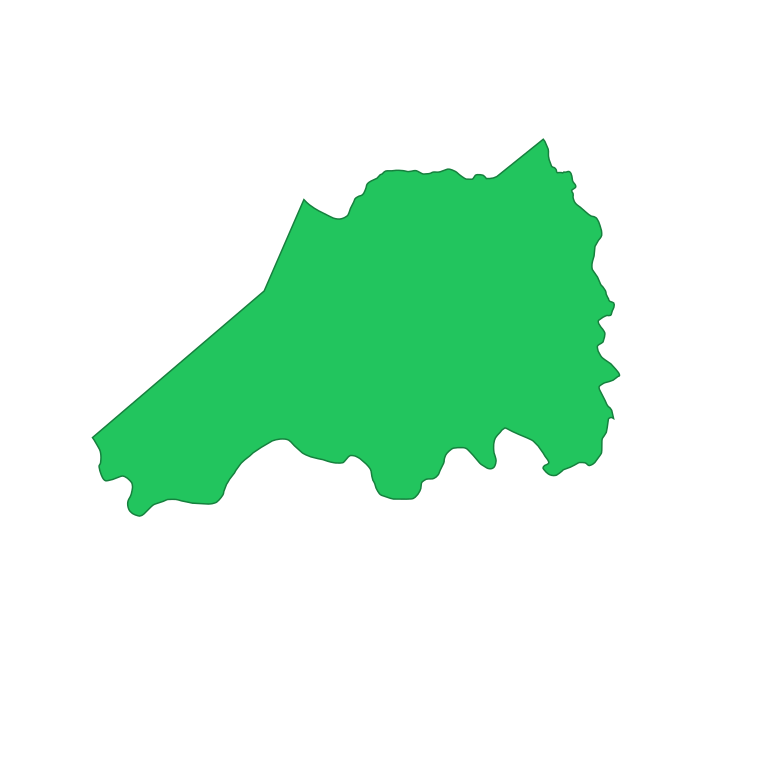 Santa Rita, Yoro, Honduras, rotated 321°
{"feature_id": "27666195B22106740094375", "entity_name": "Santa Rita", "entity_type": "district", "adm_level": 2, "iso_a3": "HND", "parent_name": "Honduras", "parent_adm1": "Yoro", "projection": "equal_earth", "projection_center": [-87.807, 15.185], "detail": "fine", "context": "isolated", "style": "filled", "palette": "green", "viewbox_px": 768, "rotation_deg": 321, "n_neighbors": 0, "source": "geoboundaries", "source_scale": "gbopen_adm2", "svg_char_len": 6171}
<svg xmlns="http://www.w3.org/2000/svg" viewBox="0 0 768 768"><g transform="rotate(321 384 384)"><path d="M160.1,356.0L171.9,366.7L173.3,367.7L175.0,368.8L177.0,369.7L178.6,370.3L179.7,370.5L182.9,370.3L186.0,369.7L188.8,368.9L190.2,368.2L191.9,366.7L198.4,362.9L200.8,362.1L204.2,360.8L211.9,359.0L214.5,357.9L221.6,356.0L223.4,355.6L227.9,355.3L234.4,355.4L239.1,355.1L248.9,356.0L261.4,357.9L264.9,359.3L268.6,361.4L270.7,363.0L272.6,364.7L273.8,366.2L274.6,367.6L275.2,370.5L275.5,375.5L277.1,385.8L277.5,387.1L278.7,389.9L281.3,394.6L285.9,400.7L288.9,404.3L291.7,408.7L293.5,411.2L295.4,413.5L296.7,414.9L300.1,417.8L302.4,419.2L303.2,419.4L305.0,419.2L310.3,418.2L311.8,418.2L313.0,418.5L314.3,419.6L315.7,421.1L316.5,422.3L317.6,424.7L318.1,426.1L318.4,427.0L319.8,435.0L320.0,438.4L319.9,441.2L319.2,443.5L316.5,448.1L314.8,451.8L314.6,453.4L314.1,455.6L312.6,459.2L312.2,460.4L311.6,463.8L311.4,466.4L311.6,467.7L312.0,468.9L317.0,476.8L318.9,479.3L329.0,487.6L332.5,490.2L333.6,490.9L334.8,491.4L337.0,491.6L339.3,491.3L341.1,491.0L344.6,489.7L346.8,488.4L350.5,484.8L351.2,484.4L352.3,484.1L354.6,484.2L356.9,484.6L358.9,485.8L361.8,488.1L363.2,488.7L365.8,489.1L368.4,488.8L370.0,488.3L373.1,486.5L380.5,483.1L381.9,482.1L383.0,480.9L384.3,479.8L385.9,478.8L387.4,478.0L389.6,477.4L392.4,477.1L395.6,477.1L397.5,477.5L401.3,479.9L405.4,483.2L406.4,484.3L407.2,485.6L407.7,487.1L408.0,490.0L408.4,495.5L408.6,505.5L408.9,507.6L411.1,514.0L411.7,515.1L412.6,516.2L413.5,517.0L414.6,517.6L415.8,517.9L417.2,517.9L418.8,517.3L420.7,516.1L422.7,514.3L423.7,512.8L424.9,510.1L426.2,506.7L427.6,504.5L429.0,502.6L431.4,499.8L433.0,498.4L434.5,497.2L436.7,496.0L439.7,495.2L444.1,494.6L446.7,494.0L450.2,494.2L450.7,494.7L451.3,495.7L453.9,501.7L457.1,508.1L461.3,515.9L463.5,520.4L464.1,522.3L464.5,526.3L464.8,529.5L464.7,530.4L464.2,538.0L463.7,541.3L463.5,546.0L463.2,547.3L463.0,548.1L462.6,548.7L462.3,549.0L461.8,549.2L460.4,549.2L457.5,548.4L455.7,548.7L455.1,549.1L454.7,549.4L454.5,550.0L454.4,551.2L454.5,554.5L455.1,557.4L455.8,559.0L456.8,560.5L458.3,562.0L459.5,562.8L460.7,563.4L464.1,563.7L467.5,563.7L469.4,563.5L476.5,565.9L481.1,566.9L485.3,567.6L486.3,567.9L488.9,570.0L490.7,571.8L491.2,573.1L491.4,574.6L491.6,575.6L492.1,576.5L493.6,577.2L495.7,577.7L498.4,577.7L507.1,575.4L508.9,574.8L509.7,574.4L511.5,572.6L517.6,565.3L518.9,564.1L520.0,563.5L522.3,562.9L526.3,561.5L530.0,558.4L536.3,552.5L536.9,552.3L537.9,552.3L539.3,552.9L540.1,553.7L540.7,555.3L544.1,548.4L544.4,547.7L544.6,545.4L544.6,544.6L544.1,542.7L544.3,540.1L545.4,536.1L547.9,524.2L548.5,522.7L549.2,521.7L550.0,521.3L551.0,521.2L554.2,521.5L556.2,521.9L560.7,523.9L564.5,525.2L570.5,525.4L571.8,525.8L572.4,525.6L573.0,524.6L573.4,522.7L573.4,518.4L573.0,511.2L571.0,504.4L570.3,501.6L570.1,500.4L570.1,499.0L570.3,497.5L571.1,493.2L572.5,490.4L573.2,489.3L573.7,488.9L574.5,488.7L575.4,488.6L578.7,489.1L580.2,489.2L580.8,489.1L585.0,486.2L587.2,484.1L587.9,482.9L588.2,481.4L588.4,479.4L588.4,475.9L588.8,472.5L589.2,471.3L590.0,470.0L590.5,469.7L591.3,469.6L596.0,469.9L598.4,470.4L600.4,471.0L601.7,472.3L603.3,473.2L604.3,473.0L607.5,470.8L609.6,469.8L611.0,469.0L612.8,467.3L613.5,465.6L613.0,464.3L611.5,461.8L611.5,460.3L612.1,459.1L612.4,457.2L613.2,454.0L614.2,452.4L614.8,450.9L615.2,446.6L615.0,443.2L617.2,435.4L617.9,426.4L618.3,425.4L619.3,423.8L621.2,421.6L623.5,419.7L627.8,416.7L634.5,409.9L641.1,407.3L643.6,406.8L645.2,406.3L646.1,405.8L646.8,405.4L648.2,403.7L649.5,401.7L651.5,397.0L652.8,393.4L653.4,390.2L653.5,389.1L653.4,388.2L653.0,387.2L652.5,386.1L650.8,384.1L649.8,381.3L649.1,377.6L647.9,370.7L646.8,366.3L646.6,364.7L646.6,363.3L646.8,361.8L647.7,359.3L648.5,357.7L649.8,356.4L650.7,355.1L650.9,354.5L651.0,353.0L651.7,351.7L652.4,351.5L656.0,351.8L656.9,351.6L657.5,351.0L657.9,350.1L658.1,349.0L658.1,346.2L658.5,344.6L660.8,340.7L661.8,338.1L661.9,337.1L661.9,336.3L661.6,335.5L661.1,334.9L660.4,334.5L658.8,333.9L657.7,333.1L657.3,332.5L655.6,332.4L654.9,331.3L653.1,329.8L651.7,328.9L651.6,328.5L651.7,327.7L652.6,326.1L652.8,324.3L652.4,322.8L651.8,322.0L651.3,320.8L651.4,319.8L653.5,313.6L655.1,310.6L656.3,309.0L658.3,306.6L659.4,304.8L661.7,296.7L661.8,294.0L602.2,293.8L598.6,292.7L595.1,290.6L594.1,289.7L592.8,288.8L592.9,287.5L592.8,286.2L592.6,285.0L592.3,284.0L591.8,283.4L590.6,282.0L588.5,280.2L587.3,279.5L586.3,279.3L582.9,280.3L581.7,280.5L580.7,279.8L576.9,276.6L576.1,275.0L575.2,272.2L574.3,268.7L573.7,265.1L573.2,263.6L571.7,260.6L570.5,258.8L569.8,258.0L568.7,257.1L567.8,256.7L561.4,254.5L560.0,253.8L558.7,252.9L557.2,251.5L555.8,250.4L554.7,249.9L552.8,249.5L551.3,248.8L547.1,245.9L546.5,245.3L545.9,244.3L544.1,240.0L543.4,238.7L542.8,238.0L541.6,237.1L538.9,235.7L536.5,234.2L535.8,233.5L534.4,231.7L533.1,230.2L530.0,227.3L527.9,225.6L524.2,223.2L520.6,220.3L519.1,219.5L517.4,219.3L514.8,219.6L512.7,219.0L508.0,219.7L501.6,218.1L499.1,217.8L497.3,217.9L495.7,218.5L493.7,220.1L491.2,221.6L489.0,222.7L487.9,223.1L486.6,223.3L485.4,223.3L484.7,223.1L482.9,222.3L480.9,221.9L479.3,221.7L477.8,221.9L475.0,223.5L468.5,226.4L464.9,228.7L462.4,230.0L460.9,230.2L458.4,229.9L456.8,229.5L455.0,228.8L453.5,228.0L452.0,226.8L450.6,225.3L449.1,223.3L447.4,219.8L442.1,208.0L440.5,203.7L438.8,197.8L438.2,194.4L437.8,190.3L349.4,236.3L123.7,242.2L123.5,245.0L122.5,251.6L121.8,255.7L121.1,257.8L120.2,259.5L119.2,261.1L117.8,263.0L116.3,264.7L114.0,267.0L113.1,267.5L111.4,268.1L110.9,268.5L110.3,269.3L108.6,272.6L107.1,276.6L106.3,279.7L106.1,281.6L106.3,282.9L106.7,283.9L107.3,284.5L108.6,285.3L113.0,287.4L121.3,290.1L122.3,290.6L123.2,291.2L124.3,292.9L125.3,295.7L125.8,299.2L125.8,300.9L125.8,302.0L125.2,303.5L124.1,305.3L123.2,306.4L121.1,308.3L118.3,310.5L116.4,311.6L115.3,312.1L113.2,312.9L112.0,313.5L110.5,314.6L109.4,315.8L108.4,317.2L107.6,318.7L107.0,320.2L106.7,321.4L106.5,322.5L106.6,323.8L106.8,325.3L107.1,326.6L108.3,329.2L109.9,331.6L110.9,332.8L112.5,333.5L113.6,333.8L115.9,333.9L126.3,332.8L128.9,332.8L130.7,333.3L138.7,336.3L141.8,337.1L143.2,337.6L146.8,340.3L149.5,342.6L151.1,344.5L153.1,347.4L157.8,353.1L160.1,356.0Z" fill="#22c55e" stroke="#15803d" stroke-width="1.5"/></g></svg>